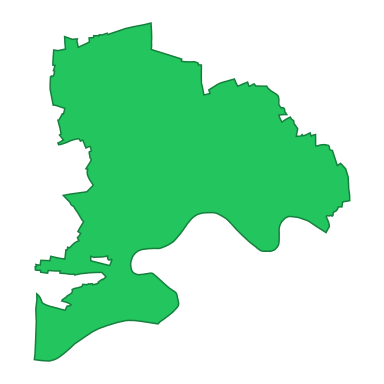 outline of Tien Lu, Thái Bình, Vietnam
{"feature_id": "81297802B93646092032264", "entity_name": "Tien Lu", "entity_type": "district", "adm_level": 2, "iso_a3": "VNM", "parent_name": "Vietnam", "parent_adm1": "Thái Bình", "projection": "orthographic", "projection_center": [106.119, 20.668], "detail": "fine", "context": "isolated", "style": "filled", "palette": "green", "viewbox_px": 384, "rotation_deg": 0, "n_neighbors": 0, "source": "geoboundaries", "source_scale": "gbopen_adm2", "svg_char_len": 5779}
<svg xmlns="http://www.w3.org/2000/svg" viewBox="0 0 384 384"><path d="M102.2,34.9L99.1,34.8L99.0,35.8L93.7,35.7L93.5,37.6L89.1,37.9L89.4,42.1L78.2,47.3L77.5,43.5L76.9,41.3L77.0,39.9L77.4,38.9L72.2,39.3L64.6,36.6L65.0,43.8L65.5,49.1L62.7,49.6L59.2,50.4L57.8,50.6L53.7,50.0L53.0,60.4L52.9,65.2L55.0,65.3L54.4,67.6L53.4,70.7L54.6,71.1L54.0,74.3L53.2,76.2L51.4,76.0L51.0,76.9L50.5,76.9L50.1,84.5L50.2,89.7L52.6,102.0L53.2,105.2L54.3,105.1L56.2,105.5L64.8,108.4L64.3,110.8L63.4,114.1L62.3,113.8L61.2,116.0L59.4,119.2L59.2,119.6L58.5,120.1L57.9,120.2L60.0,128.1L61.0,133.6L61.0,134.1L59.5,135.0L63.4,139.9L59.9,142.1L57.9,143.0L58.6,144.7L60.1,144.6L63.7,143.5L66.8,142.4L69.2,141.3L71.9,140.2L74.5,139.5L76.6,139.0L78.1,138.8L78.9,138.8L79.3,139.1L80.4,141.1L82.6,140.1L83.6,142.1L85.9,148.0L88.8,146.7L90.1,146.4L90.7,147.8L91.0,149.2L91.2,151.1L89.3,151.8L89.2,152.0L89.2,152.5L89.3,153.6L89.8,155.9L90.0,157.6L90.2,158.1L90.8,158.9L91.3,159.9L89.8,162.7L85.9,168.8L87.1,169.0L87.8,169.3L87.2,171.3L87.2,172.7L87.4,174.4L87.8,175.7L88.6,177.6L89.5,179.4L90.9,181.6L93.3,185.2L86.8,191.8L70.2,194.1L63.3,195.4L66.3,198.6L69.1,201.4L70.0,202.5L70.9,204.4L71.5,205.1L74.1,206.8L74.6,208.2L78.0,213.1L82.1,220.1L83.7,221.6L79.7,228.2L77.9,231.5L80.7,233.4L79.3,235.6L77.4,237.6L78.9,240.7L75.7,242.2L74.0,243.4L72.4,244.9L70.0,247.4L69.8,247.8L67.6,247.2L67.4,249.9L65.9,249.9L64.9,259.0L60.9,258.5L57.8,257.9L50.8,256.3L49.9,260.7L41.6,260.3L40.8,260.4L40.2,265.2L38.7,265.0L35.9,264.5L36.4,266.5L35.2,266.8L35.4,270.0L36.6,270.2L40.5,270.4L40.7,272.2L47.6,273.2L48.2,270.5L56.1,271.0L60.2,271.0L60.0,271.7L60.0,273.2L66.8,273.7L68.0,274.0L69.9,274.2L74.2,274.2L74.8,275.1L76.5,274.6L80.8,273.7L87.7,273.0L89.1,272.8L94.8,272.5L101.8,272.4L105.0,275.7L105.9,276.9L102.9,279.7L102.4,279.2L102.1,279.3L98.3,282.0L98.3,282.5L98.5,283.1L98.1,283.3L95.8,284.1L92.8,284.7L92.4,283.8L88.4,283.9L86.8,284.7L82.8,284.3L82.0,286.4L81.1,286.8L77.4,287.9L74.6,288.4L73.5,288.8L73.3,289.0L72.1,289.6L72.4,290.4L72.3,291.1L72.1,292.2L71.6,293.0L69.6,294.5L67.4,295.8L66.6,296.5L65.9,297.5L65.2,297.8L62.3,299.8L62.2,300.1L62.3,300.2L61.8,301.0L65.8,302.1L67.9,302.8L71.1,304.7L70.1,305.7L69.7,305.9L67.4,306.0L67.0,306.2L65.4,309.8L65.2,310.1L64.7,310.1L61.0,309.3L57.4,308.2L49.9,306.3L46.0,304.9L43.4,303.6L42.4,302.9L41.9,302.0L41.3,300.2L40.2,297.8L38.5,295.4L36.8,293.9L36.9,299.7L35.8,309.1L36.1,317.8L36.2,319.5L36.3,321.7L35.6,340.7L35.0,354.5L34.3,359.6L41.8,360.6L49.5,361.0L54.6,359.6L56.9,358.5L59.7,356.7L64.3,353.2L70.2,348.1L74.6,343.9L84.9,336.8L92.1,332.0L98.5,328.7L106.4,325.8L117.1,322.5L125.7,320.6L129.1,320.4L134.2,320.5L140.5,321.2L158.0,323.9L160.1,321.7L165.1,318.2L172.5,312.4L177.3,307.3L178.4,305.4L178.6,303.9L178.6,302.7L176.8,294.5L176.4,293.5L175.7,292.5L174.7,291.7L169.3,288.1L165.5,284.8L156.5,276.6L152.9,273.6L151.9,273.2L150.7,273.1L143.1,274.3L138.8,274.7L137.1,274.5L135.5,273.9L133.6,272.9L132.3,271.4L131.7,270.2L131.1,268.2L130.6,264.3L131.0,261.3L132.4,257.1L134.1,254.4L135.7,252.8L137.5,251.3L139.9,250.2L142.0,249.5L148.2,248.7L153.6,248.4L159.0,248.5L161.0,248.0L165.8,246.1L168.8,244.6L173.2,241.8L175.7,239.2L180.2,233.9L183.3,229.7L187.4,223.7L191.2,219.2L193.0,217.4L195.8,215.4L197.1,214.7L198.5,214.1L202.6,213.0L206.8,212.7L211.8,212.6L214.6,212.8L215.8,213.1L217.6,213.7L219.9,214.9L223.6,217.0L226.5,218.9L228.9,221.2L231.0,223.4L236.0,229.0L242.0,235.0L249.2,241.7L250.8,243.0L256.6,247.5L256.9,247.9L260.0,250.2L261.3,250.9L263.0,251.2L270.2,251.3L271.7,251.0L274.4,249.9L275.0,249.5L277.3,247.0L278.5,244.9L278.9,242.9L279.1,241.1L279.2,234.4L279.1,229.7L279.4,227.2L280.0,225.0L281.2,222.5L282.1,221.3L284.3,219.0L285.3,218.1L287.3,217.0L289.0,216.5L290.7,216.5L294.4,216.9L297.1,217.2L299.1,217.7L307.1,220.5L308.4,221.1L310.5,222.4L316.5,226.5L326.1,232.6L327.0,230.7L329.3,226.7L329.3,226.1L329.1,224.3L328.5,222.0L326.3,216.8L326.6,216.1L327.1,215.8L328.1,215.7L328.9,215.9L329.6,215.9L330.6,215.4L331.0,215.4L332.0,216.1L332.3,216.1L332.6,215.8L333.1,215.0L333.1,212.8L333.2,212.5L333.8,212.1L335.9,211.1L336.8,210.1L337.3,209.6L338.4,206.9L341.9,206.9L342.7,201.9L349.7,200.7L349.6,194.9L348.7,188.4L348.2,177.2L345.6,168.7L340.6,163.4L337.3,165.5L332.4,150.5L331.3,150.3L330.1,149.9L329.7,149.4L329.3,146.7L328.7,145.7L328.1,145.3L325.6,144.8L323.9,144.6L320.7,144.9L317.4,145.9L316.0,146.0L315.6,144.6L315.6,136.9L315.5,134.5L313.4,135.0L311.2,136.1L310.1,132.8L306.7,134.6L304.0,135.6L303.0,135.8L302.1,134.6L300.8,136.1L296.3,136.4L297.0,132.1L297.7,128.7L294.1,123.6L293.8,122.8L293.8,121.3L293.6,120.6L291.6,119.3L291.3,118.9L290.3,117.1L289.2,117.6L286.3,119.1L284.7,120.1L282.0,122.1L280.5,119.4L279.3,116.6L278.8,115.0L283.8,114.6L286.8,114.6L285.9,113.1L284.8,111.7L284.7,110.1L284.5,109.1L283.9,108.2L283.1,107.8L282.3,107.7L281.3,108.0L279.7,106.1L278.9,104.6L278.8,103.6L278.9,99.5L278.5,97.0L277.8,95.5L276.5,94.4L275.8,93.9L270.5,90.5L267.7,87.9L266.7,86.1L265.4,86.2L256.9,86.0L255.9,86.1L254.0,83.8L250.1,86.0L249.4,86.2L248.9,86.1L247.6,82.1L242.4,84.2L237.7,86.3L235.7,82.2L234.4,79.0L223.0,82.2L220.0,83.2L217.6,84.4L208.8,89.9L210.0,93.5L205.5,94.6L203.9,94.9L202.2,86.0L201.5,83.9L201.3,77.1L201.4,65.0L198.5,64.9L198.3,63.6L198.2,63.3L197.7,62.9L196.8,62.5L194.3,61.7L189.3,61.9L184.8,61.7L181.5,61.3L181.5,60.0L181.7,59.1L151.3,49.5L151.6,46.1L151.5,41.2L151.7,38.6L151.5,30.7L151.0,23.0L146.6,24.1L144.2,24.7L132.6,26.9L125.4,28.6L110.5,33.6L108.2,34.6L107.2,33.2L102.2,34.9ZM107.7,256.0L107.6,258.2L107.7,258.7L108.4,259.8L108.8,260.0L109.2,260.0L110.0,259.9L111.4,259.3L111.6,259.3L111.8,259.4L111.5,260.8L110.4,263.9L109.7,265.4L108.6,265.3L90.8,260.8L90.7,256.3L93.7,257.3L94.4,257.3L95.3,257.3L97.0,257.0L99.4,257.1L103.5,256.8L107.7,256.0Z" fill="#22c55e" stroke="#15803d" stroke-width="1.5"/></svg>